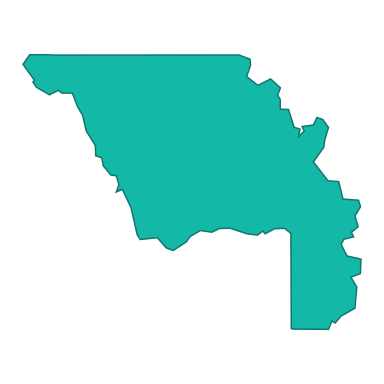 Yolo, California, United States of America
{"feature_id": "52423323B16290955064252", "entity_name": "Yolo", "entity_type": "district", "adm_level": 2, "iso_a3": "USA", "parent_name": "United States of America", "parent_adm1": "California", "projection": "robinson", "projection_center": [-121.864, 38.619], "detail": "fine", "context": "isolated", "style": "filled", "palette": "teal", "viewbox_px": 384, "rotation_deg": 0, "n_neighbors": 0, "source": "geoboundaries", "source_scale": "gbopen_adm2", "svg_char_len": 1162}
<svg xmlns="http://www.w3.org/2000/svg" viewBox="0 0 384 384"><path d="M53.2,55.1L47.8,54.7L29.7,54.7L23.0,64.3L34.5,80.4L32.9,82.0L36.5,87.3L49.5,94.8L58.2,90.3L62.2,93.2L72.3,93.0L77.5,106.6L82.7,115.4L86.2,130.9L95.4,145.7L95.7,155.7L101.6,157.7L103.4,166.0L110.8,175.0L116.3,175.8L118.9,184.6L116.3,192.0L122.4,189.3L131.1,207.9L137.2,234.7L140.2,239.5L157.3,237.7L166.4,248.0L173.2,250.5L186.4,241.8L190.1,236.5L200.4,230.5L211.9,232.2L219.5,228.5L229.9,228.2L247.2,233.8L257.4,235.1L262.9,231.0L265.1,233.8L274.8,228.6L284.6,228.4L290.9,233.4L291.3,328.7L294.1,329.1L328.5,329.3L331.9,321.0L335.2,323.0L340.8,316.3L354.9,308.2L356.8,287.1L350.9,277.2L360.4,273.6L361.0,259.1L347.1,256.0L341.2,244.6L343.7,239.3L353.6,236.9L351.4,232.3L358.1,226.8L355.0,215.8L360.5,206.8L358.5,200.2L343.0,199.1L338.7,181.6L328.0,180.8L313.4,161.9L323.7,147.5L324.8,139.7L328.5,127.5L322.8,119.5L316.9,117.5L313.5,125.0L302.1,126.5L304.2,131.2L298.7,136.4L300.0,129.1L294.1,127.3L288.5,109.5L280.3,109.2L280.3,99.4L277.6,95.3L280.4,87.9L270.6,78.9L257.9,85.4L246.6,76.5L250.6,65.2L250.0,59.2L239.0,55.0L53.2,55.1Z" fill="#14b8a6" stroke="#0f766e" stroke-width="1.5"/></svg>